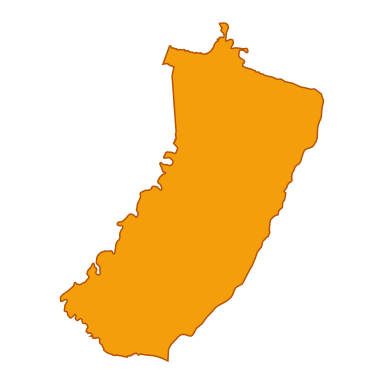 outline of Khun Tan, Chiang Rai, Thailand
{"feature_id": "78962969B25374198487057", "entity_name": "Khun Tan", "entity_type": "district", "adm_level": 2, "iso_a3": "THA", "parent_name": "Thailand", "parent_adm1": "Chiang Rai", "projection": "orthographic", "projection_center": [100.257, 19.884], "detail": "fine", "context": "isolated", "style": "filled", "palette": "amber", "viewbox_px": 384, "rotation_deg": 0, "n_neighbors": 0, "source": "geoboundaries", "source_scale": "gbopen_adm2", "svg_char_len": 5873}
<svg xmlns="http://www.w3.org/2000/svg" viewBox="0 0 384 384"><path d="M169.6,45.9L162.9,64.3L164.9,63.8L167.4,63.6L169.6,65.3L173.9,66.9L172.1,75.8L176.1,131.7L175.7,134.0L175.3,134.8L176.2,136.0L175.8,137.0L176.2,138.8L174.9,139.6L174.8,141.0L175.2,141.6L173.8,142.4L173.5,143.1L174.0,143.8L177.3,147.3L177.7,148.4L176.4,151.7L175.5,153.4L174.7,153.6L173.2,152.8L171.3,152.3L166.6,152.0L165.7,152.9L165.0,154.8L163.7,156.8L163.8,157.7L164.6,158.2L168.6,157.6L170.3,158.1L172.4,160.3L173.1,161.4L172.9,163.2L172.0,164.4L170.2,165.5L169.1,165.6L167.2,164.7L163.3,164.5L161.0,162.6L160.3,162.8L159.9,163.2L159.9,163.9L161.8,168.3L162.8,171.4L163.4,172.0L165.5,172.7L165.3,173.4L162.6,174.5L160.4,176.6L159.4,177.9L157.8,181.2L157.8,182.0L158.4,183.1L160.0,184.2L161.2,186.1L161.6,187.8L161.7,189.6L161.2,190.1L160.4,190.1L157.3,187.1L155.5,186.5L153.1,186.3L152.1,186.8L151.4,188.6L150.0,189.8L148.6,190.2L145.1,190.4L140.6,192.6L140.1,193.9L140.5,195.7L140.4,197.6L137.4,204.1L137.1,207.1L136.5,209.6L136.7,210.8L137.7,211.9L138.2,213.4L138.0,214.7L137.2,216.6L136.6,217.1L136.1,217.1L132.6,214.4L131.3,214.1L129.8,214.2L128.3,215.4L125.7,218.6L122.6,221.2L121.5,221.8L118.5,222.1L117.4,223.2L117.3,224.5L117.9,225.2L119.2,225.7L121.8,225.6L122.6,226.3L122.7,227.8L122.4,228.7L121.0,230.4L120.2,232.2L119.8,234.2L119.9,237.4L119.6,238.6L118.9,239.8L117.1,241.6L116.0,244.2L114.7,253.3L114.0,253.9L113.2,253.8L112.5,251.9L111.5,250.9L107.9,251.3L105.1,251.0L101.2,252.3L98.7,254.4L97.7,255.6L96.8,258.1L96.3,262.4L96.9,264.0L99.5,266.4L100.0,267.4L100.1,268.2L99.8,270.0L100.3,273.1L99.8,274.3L99.2,274.9L98.4,275.0L96.9,274.3L96.1,273.4L95.7,272.0L96.7,270.5L96.7,269.2L96.1,268.2L94.6,266.7L94.1,264.0L93.6,263.4L92.8,263.4L91.0,267.0L88.2,270.1L87.6,271.3L87.1,273.2L87.1,274.2L88.8,276.4L88.9,277.4L88.3,278.5L86.5,280.3L85.6,281.9L83.0,282.9L81.2,284.2L79.0,284.7L77.1,284.1L75.4,282.6L74.7,282.7L74.4,283.2L74.0,284.9L72.9,286.7L67.4,291.4L63.0,294.4L60.8,296.7L60.4,297.6L60.8,301.4L62.0,301.4L63.9,300.2L65.8,299.5L66.5,299.6L67.3,300.4L67.2,301.3L65.1,304.9L64.3,310.7L64.5,311.1L66.6,311.7L67.5,312.5L67.6,314.8L69.5,317.5L70.5,318.0L71.3,317.7L73.6,315.9L74.4,314.5L74.8,314.4L75.6,314.7L75.9,315.2L76.0,316.0L75.2,317.9L75.7,319.2L76.6,320.2L77.4,320.5L78.0,320.3L79.9,318.7L80.7,318.6L81.2,319.0L82.0,319.8L82.1,321.7L82.8,323.1L83.3,323.4L85.2,323.5L86.2,323.9L87.1,324.9L87.7,326.3L87.8,327.5L86.5,329.6L86.2,331.6L86.7,331.7L87.2,332.4L87.7,332.5L88.0,333.2L88.3,332.9L88.8,333.3L90.2,332.9L91.0,333.3L91.8,334.2L92.3,335.3L90.6,336.1L91.8,336.3L92.2,336.8L92.7,336.7L92.6,337.6L93.2,338.2L94.9,338.3L95.7,338.1L95.9,337.6L96.6,338.0L98.2,337.7L99.2,338.2L99.6,338.7L99.8,339.8L99.5,341.1L99.8,341.8L99.6,342.2L100.2,343.6L102.1,344.9L102.5,346.5L103.5,347.9L104.0,350.5L105.0,351.0L106.3,352.3L109.5,353.7L112.3,354.5L112.5,354.9L113.5,355.4L114.4,355.2L116.3,355.5L116.7,354.9L119.3,355.7L119.7,355.5L125.6,356.9L127.5,357.1L127.7,356.9L127.9,355.7L130.7,355.9L131.0,355.2L132.5,354.9L134.1,353.5L134.7,353.7L135.0,353.4L135.5,353.6L136.6,353.3L137.3,353.9L137.7,354.7L138.6,355.0L139.1,355.0L140.2,354.1L141.0,353.9L144.2,354.8L154.5,355.8L156.1,356.2L162.0,358.2L167.9,361.0L168.5,350.0L169.0,348.2L170.8,344.9L178.0,337.1L179.9,335.3L182.1,334.4L185.2,334.6L189.4,336.0L191.0,336.0L192.2,335.4L194.2,332.6L196.8,327.9L202.2,323.6L206.3,317.7L212.3,311.5L215.6,307.5L218.9,305.3L226.5,301.1L230.7,297.7L232.5,295.0L234.9,289.0L235.8,287.5L241.2,284.5L242.2,283.9L242.9,282.8L249.5,270.1L252.3,265.3L255.3,258.1L257.0,253.1L258.0,251.2L261.5,246.9L262.5,241.8L267.0,237.0L268.2,236.5L268.4,235.6L269.6,233.3L269.7,231.6L269.2,230.3L269.6,228.7L269.4,226.1L269.9,224.7L269.9,222.5L270.5,220.0L273.5,216.7L275.7,215.5L278.2,214.6L278.4,212.5L279.2,210.2L282.4,207.5L282.7,202.1L283.6,201.3L284.5,200.1L285.8,193.6L285.7,193.1L284.2,191.6L284.1,190.9L286.2,188.5L286.8,187.5L287.4,185.3L288.3,183.9L289.4,182.6L290.8,182.0L291.9,180.7L291.9,178.0L291.4,177.1L291.9,175.9L292.1,173.2L294.5,169.3L294.5,168.2L295.0,167.2L296.7,165.2L299.1,163.7L300.0,162.6L301.2,159.9L301.7,157.5L303.3,153.0L304.5,150.3L306.4,149.0L312.1,147.0L313.8,145.2L316.2,141.2L317.3,137.6L317.4,131.2L317.9,126.2L319.4,121.6L320.7,119.0L321.3,116.9L321.9,108.8L323.6,100.7L322.1,96.8L321.4,94.1L315.3,89.4L314.0,88.9L311.6,89.3L310.0,89.1L305.6,87.9L300.4,86.9L292.7,83.3L285.2,81.7L281.2,79.2L280.2,79.0L277.6,79.4L271.7,76.8L268.7,76.4L265.2,75.5L263.0,74.2L259.7,73.3L259.3,72.5L258.6,72.0L256.2,72.1L255.0,70.6L252.9,70.2L252.5,69.7L250.2,68.7L248.3,68.6L247.6,67.9L246.1,68.0L243.5,66.4L242.6,66.2L242.8,63.6L244.3,62.8L244.5,61.2L243.9,60.3L240.0,57.8L239.0,56.6L238.8,55.1L239.2,51.4L239.5,50.8L240.2,50.2L242.6,50.1L244.5,50.9L246.0,52.5L247.3,52.6L247.7,52.3L247.9,51.4L247.6,49.6L247.1,48.7L246.5,48.4L243.7,48.8L235.4,47.8L232.2,48.6L231.2,48.3L231.7,46.4L233.2,44.0L233.3,41.9L232.6,40.0L231.8,39.5L230.7,39.4L229.4,39.7L226.5,41.1L225.9,41.0L225.6,40.6L226.5,32.5L227.2,30.4L228.1,28.8L228.4,27.3L227.8,25.0L226.2,23.6L224.2,23.0L219.5,23.4L219.8,24.5L221.0,26.5L221.2,27.3L222.1,27.9L221.8,28.9L221.1,29.8L221.0,30.5L221.4,31.4L223.2,33.1L223.9,34.2L224.1,35.6L223.7,37.1L222.9,37.5L220.6,37.1L220.0,37.6L219.3,37.7L218.8,38.4L218.8,39.3L217.4,39.3L217.5,40.1L218.1,41.0L216.9,41.3L215.2,43.0L214.0,45.4L213.9,46.3L213.6,47.2L213.2,47.6L213.1,48.3L212.5,48.5L212.1,49.0L211.2,50.8L207.8,53.1L206.9,53.3L206.8,53.9L206.5,54.1L205.6,53.9L203.8,54.3L201.9,53.4L201.3,53.6L200.6,52.8L199.6,53.3L198.9,53.1L198.4,53.3L196.4,52.5L194.8,53.2L193.6,52.8L192.7,52.2L190.2,52.3L190.0,51.8L189.3,51.8L188.3,50.7L187.7,51.0L186.9,50.7L185.8,51.2L185.2,51.1L185.0,49.9L184.7,49.6L180.2,49.8L179.5,49.5L178.3,49.9L177.1,49.6L177.1,49.2L175.9,48.7L174.8,48.7L173.7,48.0L172.6,48.1L172.2,47.8L171.5,47.9L170.7,46.1L169.6,45.9Z" fill="#f59e0b" stroke="#b45309" stroke-width="1.5"/></svg>